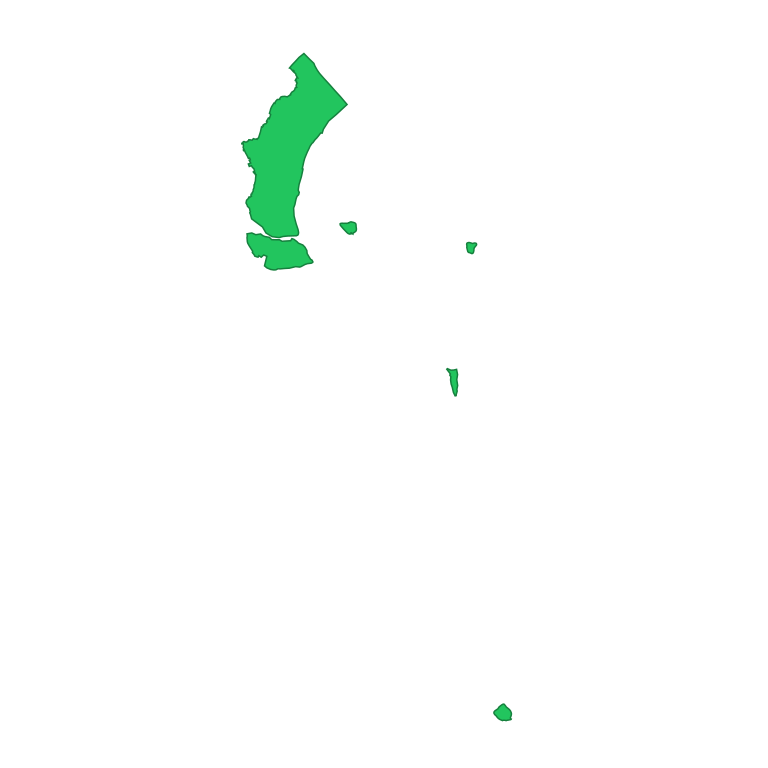 Kolofo'ou, Tonga, rotated 99°
{"feature_id": "48082658B76905372739919", "entity_name": "Kolofo'ou", "entity_type": "district", "adm_level": 2, "iso_a3": "TON", "parent_name": "Tonga", "parent_adm1": "", "projection": "robinson", "projection_center": [-175.151, -21.107], "detail": "fine", "context": "isolated", "style": "filled", "palette": "green", "viewbox_px": 768, "rotation_deg": 99, "n_neighbors": 0, "source": "geoboundaries", "source_scale": "gbopen_adm2", "svg_char_len": 4898}
<svg xmlns="http://www.w3.org/2000/svg" viewBox="0 0 768 768"><g transform="rotate(99 384 384)"><path d="M86.7,526.8L86.9,525.8L89.0,523.2L88.4,522.8L89.0,521.7L89.8,522.2L91.4,519.7L92.8,519.2L95.1,517.2L95.1,518.0L96.0,518.5L96.6,518.3L97.2,518.9L98.2,519.1L98.6,517.8L99.5,517.9L100.3,516.9L102.1,517.4L103.6,517.4L104.7,516.6L105.4,518.0L107.5,518.3L108.1,518.7L108.9,519.2L109.8,520.4L110.7,521.0L112.7,521.9L113.0,521.5L113.9,522.7L115.5,524.5L115.4,527.0L116.0,529.6L116.8,530.9L118.4,531.6L119.2,531.5L119.7,533.9L122.0,535.4L123.9,535.6L123.6,536.5L124.6,537.0L127.8,538.4L130.2,539.0L132.0,539.1L134.6,539.5L135.5,538.1L136.6,538.2L139.9,538.8L139.4,539.8L142.9,541.2L143.4,540.3L145.4,541.3L145.9,542.7L147.4,544.1L147.9,543.5L148.3,543.7L149.4,544.3L149.2,545.2L154.4,545.5L160.4,546.4L160.8,546.6L161.7,547.9L162.2,547.7L162.3,550.2L162.1,551.4L163.8,552.4L163.8,554.4L163.9,555.7L165.1,555.9L165.5,556.8L166.4,557.3L166.8,559.0L166.4,559.6L166.6,560.7L167.3,561.2L168.2,560.9L168.5,562.1L169.1,561.9L168.7,560.7L170.7,560.1L172.5,560.1L174.6,558.7L174.9,559.5L175.5,559.2L175.1,558.4L177.1,557.1L178.5,556.0L180.3,554.6L182.4,553.2L181.9,552.1L183.5,551.1L184.2,552.1L186.6,550.2L187.9,552.4L190.2,551.1L189.1,549.1L190.7,547.8L191.7,546.2L193.8,545.2L195.0,546.3L196.1,545.1L195.5,544.6L196.9,543.7L197.3,543.9L197.6,543.6L197.5,543.1L200.0,543.1L203.6,542.8L205.9,543.1L206.7,543.0L207.6,543.5L210.3,543.1L212.5,543.6L214.2,543.4L215.7,544.2L216.8,544.1L217.2,544.9L218.4,545.0L219.3,544.3L220.3,545.4L220.3,546.5L220.8,546.9L221.4,546.6L224.0,548.5L226.8,548.6L228.8,547.1L229.8,546.7L231.6,544.3L234.1,543.4L234.8,542.9L235.9,543.4L237.1,542.6L237.7,542.3L241.6,540.6L247.9,528.6L253.3,524.2L256.0,517.6L255.8,510.5L254.1,506.8L253.0,502.7L252.1,498.1L251.3,493.8L250.4,492.4L249.1,492.0L247.6,492.1L244.8,493.1L239.4,495.9L232.1,499.1L224.3,500.8L220.8,500.1L214.9,499.8L212.3,499.3L210.4,497.9L208.0,497.7L206.1,499.0L204.2,499.1L200.1,499.1L193.5,498.2L191.9,498.0L184.5,497.6L184.2,497.7L184.2,498.4L177.0,498.0L173.4,497.6L166.7,496.0L163.2,494.9L160.8,494.3L157.6,492.8L156.8,492.0L153.3,490.2L151.7,489.0L149.5,487.7L146.0,485.8L145.9,484.3L141.8,483.7L132.9,479.8L125.3,473.3L113.7,464.2L106.9,472.1L101.9,478.4L97.1,484.2L90.9,492.0L90.7,492.2L87.2,496.4L84.4,499.1L80.7,502.0L78.3,503.4L74.6,508.7L70.1,514.8L74.7,519.0L78.2,521.3L83.3,524.8L86.7,526.8ZM281.9,489.6L281.7,485.6L281.1,484.4L278.3,480.7L277.1,478.4L276.1,474.8L275.1,473.4L274.3,473.4L272.8,474.6L272.3,476.0L270.4,477.7L267.2,480.3L264.2,481.1L261.2,483.5L259.4,485.9L258.3,490.5L256.9,492.4L255.2,495.6L254.8,497.7L255.4,498.0L257.1,498.6L258.6,505.5L259.0,507.0L257.9,509.8L258.6,514.4L259.0,517.5L257.1,520.1L257.0,522.9L257.0,524.6L256.5,526.8L255.1,529.3L256.6,534.0L255.5,538.2L257.1,542.8L259.2,542.2L260.9,542.2L263.8,541.5L265.0,541.2L266.4,540.5L268.8,538.6L273.4,534.5L274.8,534.6L276.6,532.5L277.9,531.7L278.3,529.6L278.4,528.2L276.8,527.7L278.0,525.1L275.4,523.0L276.2,519.7L286.0,520.5L287.6,517.9L288.6,513.9L288.6,511.0L288.2,508.7L286.8,506.8L286.5,504.4L285.4,500.1L284.4,495.5L281.9,489.6ZM684.9,210.9L683.9,212.7L682.8,213.7L681.5,215.2L681.5,216.2L682.4,217.4L683.5,218.5L685.1,219.9L687.0,220.7L689.4,223.3L690.9,224.1L692.2,223.8L693.4,222.7L693.9,221.6L694.8,220.8L696.5,218.7L697.2,217.1L697.6,215.6L697.9,214.2L697.5,213.8L697.2,211.9L697.4,210.8L696.8,209.7L696.6,208.9L696.3,208.0L696.1,207.6L695.9,207.0L695.8,206.6L695.4,206.0L695.0,205.9L694.8,206.7L693.6,207.0L692.2,206.6L691.0,206.5L689.9,206.5L688.8,206.9L687.3,207.8L686.0,209.1L684.9,210.9ZM358.2,314.6L359.3,317.3L359.9,320.1L358.9,323.8L359.6,324.3L363.7,320.0L364.9,320.4L366.4,319.1L369.5,318.9L373.5,317.7L376.5,316.1L381.5,314.1L384.6,311.9L384.2,310.9L383.0,311.0L379.6,310.6L377.8,311.2L374.0,311.0L368.3,312.8L363.2,312.8L358.2,314.6ZM229.2,442.5L229.7,443.3L230.2,443.6L230.2,444.1L230.3,444.3L230.5,444.3L230.7,444.5L230.9,445.2L231.0,445.4L231.1,445.6L231.2,446.1L231.1,446.3L231.2,446.6L231.3,447.3L231.3,447.6L231.4,447.9L231.5,448.4L231.6,448.7L231.6,449.3L231.7,449.6L231.8,450.3L231.7,450.5L232.2,452.0L232.5,452.4L232.9,452.4L234.0,452.0L235.4,450.4L237.1,448.4L240.2,444.3L240.9,443.1L241.1,442.6L241.3,441.2L241.0,440.5L240.6,440.1L240.1,440.3L239.8,440.3L239.7,440.1L240.6,439.4L240.8,439.0L240.2,438.6L240.1,438.3L240.3,438.1L240.0,438.1L239.3,437.7L239.1,437.2L238.7,436.8L238.1,436.2L237.3,435.6L236.2,435.4L235.1,435.5L232.1,436.4L231.5,436.4L230.2,436.9L229.5,437.8L229.2,439.1L229.0,441.8L229.2,442.5ZM233.6,315.1L232.3,314.4L231.4,314.4L230.7,314.9L230.5,316.0L230.6,316.8L231.1,317.9L231.4,318.8L231.1,320.0L230.9,322.2L231.4,323.4L231.8,324.0L232.3,324.2L233.3,324.2L234.6,323.7L236.2,323.6L237.7,323.0L240.0,322.0L240.8,321.2L240.9,319.9L241.5,317.5L240.9,316.6L239.8,316.2L238.1,316.1L236.6,316.3L235.3,316.1L233.6,315.1Z" fill="#22c55e" stroke="#15803d" stroke-width="1.5"/></g></svg>